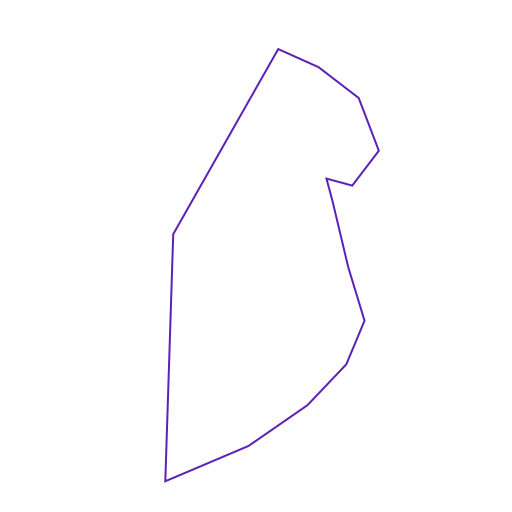 the border of Acquaviva, rotated 345°
{"feature_id": "SMR-4885", "entity_name": "Acquaviva", "entity_type": "state/province", "adm_level": 1, "iso_a3": "SMR", "parent_name": "San Marino", "parent_adm1": "", "projection": "mercator", "projection_center": [12.411, 43.944], "detail": "fine", "context": "isolated", "style": "outline", "palette": "violet", "viewbox_px": 512, "rotation_deg": 345, "n_neighbors": 0, "source": "natural_earth", "source_scale": "10m", "svg_char_len": 356}
<svg xmlns="http://www.w3.org/2000/svg" viewBox="0 0 512 512"><g transform="rotate(345 256 256)"><path d="M110.1,450.1L181.7,213.5L291.6,101.9L331.0,61.9L365.3,89.8L396.1,130.0L401.9,186.1L367.2,212.9L344.1,199.5L344.1,223.6L342.2,290.4L344.1,346.6L315.2,384.0L267.1,413.4L199.7,437.5L110.1,450.1Z" fill="none" stroke="#5b21b6" stroke-width="2"/></g></svg>